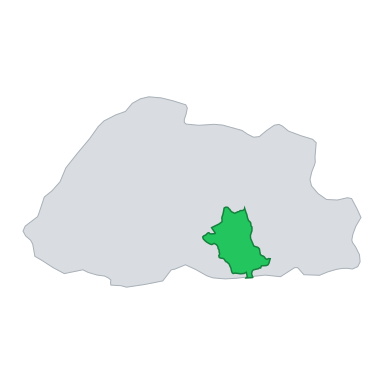 where Shemgang sits in Bhutan
{"feature_id": "BTN-2485", "entity_name": "Shemgang", "entity_type": "District", "adm_level": 1, "iso_a3": "BTN", "parent_name": "Bhutan", "parent_adm1": "", "projection": "robinson", "projection_center": [90.837, 27.078], "detail": "fine", "context": "in_parent", "style": "filled", "palette": "green", "viewbox_px": 384, "rotation_deg": 0, "n_neighbors": 0, "source": "natural_earth", "source_scale": "10m", "svg_char_len": 3302}
<svg xmlns="http://www.w3.org/2000/svg" viewBox="0 0 384 384"><path d="M315.3,162.0L314.6,164.7L311.8,171.8L310.0,179.6L311.5,185.9L318.0,193.5L326.5,199.5L337.5,200.0L347.5,197.7L351.6,198.6L357.0,208.8L361.0,217.5L355.7,226.5L352.8,234.5L351.8,240.1L352.5,242.5L355.7,247.1L359.5,254.8L360.1,261.9L357.7,266.7L352.5,269.0L347.0,268.3L342.4,268.4L336.7,269.3L327.8,271.9L319.5,275.3L303.9,274.7L297.6,267.6L294.7,267.6L280.5,276.7L265.1,275.1L237.0,278.2L225.2,278.9L213.1,277.9L207.0,275.9L195.7,269.5L185.4,264.8L174.9,269.1L171.2,269.9L162.8,280.9L144.6,284.5L126.5,287.2L121.1,285.7L110.9,285.1L110.5,282.5L110.9,280.0L108.5,278.0L104.4,276.0L97.3,275.1L88.1,272.4L82.9,269.8L64.3,273.6L53.4,267.8L41.1,259.9L34.9,256.4L32.7,244.1L30.6,240.2L25.7,236.0L23.0,231.1L25.2,226.1L37.5,216.7L38.5,214.5L44.3,197.0L52.2,190.6L60.0,181.8L65.9,167.8L77.3,153.4L89.7,138.6L98.3,126.5L104.0,120.9L115.7,114.9L125.5,111.4L132.3,103.3L140.4,98.8L148.8,96.8L161.3,97.9L173.0,100.8L185.8,104.8L187.3,108.0L186.2,113.7L184.3,119.5L184.3,122.5L186.2,124.1L198.8,125.3L214.2,124.3L222.8,125.1L242.1,130.5L247.7,134.3L253.6,137.2L259.3,136.6L266.6,130.5L274.3,125.2L279.0,124.4L282.4,126.1L288.5,131.1L301.2,135.8L312.6,139.3L316.2,142.7L315.0,157.2L315.3,162.0Z" fill="#d9dde1" stroke="#a8b0b8" stroke-width="1"/><path d="M252.8,277.4L252.3,277.6L245.9,278.0L246.1,277.6L246.8,277.4L247.0,277.2L247.3,277.0L246.3,272.3L244.6,273.1L244.2,273.4L243.9,273.5L240.1,273.8L239.6,273.7L238.7,273.5L234.9,273.1L233.2,273.5L232.7,273.2L232.1,272.6L231.5,271.0L231.0,268.5L230.8,267.9L229.8,265.8L229.5,265.0L228.8,263.6L227.9,263.0L227.3,262.3L226.9,262.0L226.3,261.9L225.9,261.6L225.2,260.8L224.4,259.4L223.7,258.8L223.2,258.5L220.2,258.0L219.2,257.4L218.8,255.6L219.4,254.6L219.6,253.7L219.5,253.1L219.2,252.2L219.1,251.5L219.1,250.3L218.9,249.6L218.3,248.9L218.0,247.9L217.9,246.6L217.4,245.9L216.5,244.7L214.2,243.4L213.3,243.8L212.5,244.3L211.9,244.5L211.4,244.5L210.8,244.3L209.4,243.7L206.8,242.2L205.1,240.8L203.3,238.9L202.7,237.0L203.8,235.8L205.5,235.1L206.2,234.5L207.5,233.2L208.2,232.8L208.8,232.7L209.3,233.0L209.7,233.5L210.2,233.8L210.8,233.9L214.5,233.7L215.1,233.5L215.3,233.2L215.1,232.8L212.3,228.8L211.6,227.6L219.0,224.0L221.9,221.8L222.1,221.2L222.1,220.8L222.0,220.5L222.0,220.2L222.0,219.9L222.0,219.5L222.0,219.1L221.8,218.3L222.0,217.0L222.9,214.5L223.7,210.6L224.1,208.1L224.7,207.7L225.4,207.3L226.0,207.2L226.6,207.2L227.1,207.2L227.7,207.4L228.1,207.7L228.9,208.7L229.8,209.4L230.1,209.8L230.3,210.4L231.5,211.7L234.7,213.3L237.8,211.8L239.0,211.6L240.3,210.6L242.6,210.5L243.4,210.1L244.0,209.7L244.3,209.4L244.6,208.2L245.9,212.3L246.7,214.2L247.6,218.1L248.6,220.7L249.0,220.9L250.4,222.3L250.7,223.0L250.8,223.5L250.9,225.5L251.9,226.9L252.0,228.8L251.9,230.7L251.7,231.5L251.1,233.2L250.4,235.3L250.6,238.5L253.9,246.1L257.7,247.3L258.2,247.6L259.4,248.9L260.3,254.3L260.9,254.9L261.8,255.7L262.6,255.8L263.4,256.2L264.4,257.0L265.1,258.1L265.9,258.8L266.7,259.3L267.2,259.3L268.4,258.6L270.2,258.7L269.0,263.0L268.0,264.8L266.2,265.6L261.5,265.8L260.6,268.0L260.3,267.9L259.8,267.8L259.6,267.8L258.4,268.7L253.9,269.7L253.3,270.0L252.6,270.6L252.1,271.5L252.0,272.2L251.7,273.0L251.6,273.4L251.6,273.9L252.8,277.3L252.8,277.4Z" fill="#22c55e" stroke="#15803d" stroke-width="1.5"/></svg>